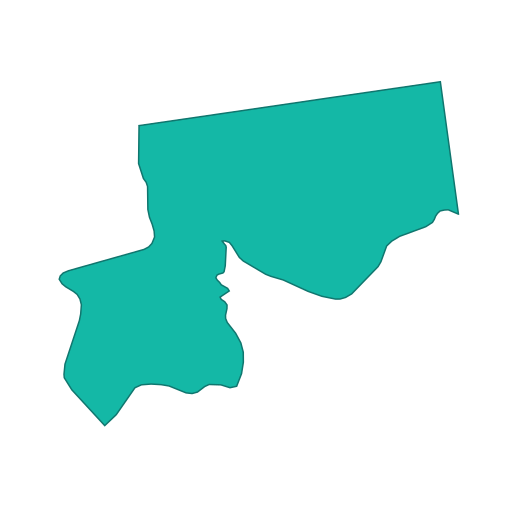 map outline of Wele-Nzás (Natural Earth projection), rotated 262°
{"feature_id": "GNQ-1471", "entity_name": "Wele-Nzás", "entity_type": "Province", "adm_level": 1, "iso_a3": "GNQ", "parent_name": "Equatorial Guinea", "parent_adm1": "", "projection": "natural_earth1", "projection_center": [10.876, 1.497], "detail": "fine", "context": "isolated", "style": "filled", "palette": "teal", "viewbox_px": 512, "rotation_deg": 262, "n_neighbors": 0, "source": "natural_earth", "source_scale": "10m", "svg_char_len": 1449}
<svg xmlns="http://www.w3.org/2000/svg" viewBox="0 0 512 512"><g transform="rotate(262 256 256)"><path d="M401.4,158.3L401.8,245.3L402.4,354.1L402.9,462.8L295.5,462.4L269.3,462.3L269.3,462.2L270.0,461.1L275.0,452.8L275.3,449.1L275.0,444.6L273.0,441.7L270.5,439.4L267.5,437.7L264.7,435.4L261.4,428.2L255.5,401.0L251.9,392.6L247.8,386.8L232.9,378.9L228.5,375.4L205.2,345.5L202.5,338.9L201.7,333.3L202.3,328.7L206.9,315.7L213.7,302.7L228.5,279.6L233.8,267.9L236.6,263.0L252.8,242.7L256.9,239.3L269.6,233.7L273.2,231.5L275.4,227.0L275.4,224.6L272.0,226.5L270.6,227.5L268.8,227.7L250.6,224.2L244.9,222.2L243.8,220.9L243.2,216.5L242.4,214.6L240.0,213.2L237.5,214.3L234.9,216.3L232.3,217.6L227.9,223.4L225.1,224.6L220.3,214.7L217.9,215.5L215.0,218.7L211.5,220.5L207.9,219.9L201.7,217.6L198.3,217.2L194.1,218.3L182.3,225.1L172.0,228.9L162.5,230.0L152.6,228.7L141.5,225.3L129.7,218.7L129.2,211.9L133.3,203.3L135.3,191.7L133.9,187.1L129.4,179.1L128.7,173.6L130.2,167.7L139.4,151.8L141.8,144.2L143.8,134.3L144.4,124.6L142.4,117.8L118.3,95.5L109.1,82.6L149.1,55.0L162.1,49.2L165.6,49.4L175.5,51.8L216.6,72.1L222.9,74.3L232.0,76.3L237.9,75.7L242.8,73.6L246.3,70.3L252.0,63.3L255.5,60.1L260.4,57.9L263.5,59.4L266.0,62.7L267.5,68.3L278.1,146.0L279.9,151.0L282.9,154.7L288.9,158.2L294.9,158.6L302.0,157.6L309.2,155.9L317.1,155.4L339.9,158.3L344.3,157.5L348.4,155.3L363.9,152.6L401.2,158.3L401.4,158.3Z" fill="#14b8a6" stroke="#0f766e" stroke-width="1.5"/></g></svg>